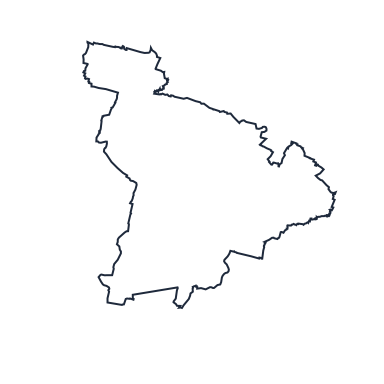 Kota Tangerang, Banten, Indonesia, rotated 195°
{"feature_id": "22746128B7613374511026", "entity_name": "Kota Tangerang", "entity_type": "district", "adm_level": 2, "iso_a3": "IDN", "parent_name": "Indonesia", "parent_adm1": "Banten", "projection": "robinson", "projection_center": [106.652, -6.177], "detail": "fine", "context": "isolated", "style": "outline", "palette": "slate", "viewbox_px": 384, "rotation_deg": 195, "n_neighbors": 0, "source": "geoboundaries", "source_scale": "gbopen_adm2", "svg_char_len": 6006}
<svg xmlns="http://www.w3.org/2000/svg" viewBox="0 0 384 384"><g transform="rotate(195 192 192)"><path d="M245.0,63.4L230.4,64.8L230.1,65.3L228.7,65.8L228.3,71.5L227.2,72.3L224.5,72.7L224.3,73.1L220.7,72.8L220.7,73.6L221.6,73.8L222.6,77.4L181.3,96.1L180.9,95.5L181.1,93.1L180.1,84.8L181.4,81.6L181.3,80.7L178.5,79.6L177.0,78.2L174.0,78.9L174.4,78.0L174.1,77.9L174.5,76.9L173.0,77.5L171.7,77.4L170.8,80.4L167.4,87.8L167.0,91.3L167.2,93.6L165.4,95.9L166.4,98.9L166.2,99.6L166.7,100.5L166.4,100.7L165.4,101.7L164.4,101.8L164.1,102.3L163.8,101.8L163.2,102.1L163.1,101.5L162.3,101.5L162.0,100.0L158.4,101.5L153.6,101.5L150.0,104.7L148.7,105.0L146.8,104.7L145.8,105.1L143.3,108.7L140.8,110.0L140.5,112.4L141.0,117.2L140.7,119.1L139.7,121.3L138.7,122.4L136.9,123.4L136.2,124.9L136.3,126.5L137.1,127.9L139.7,131.0L142.0,132.3L143.1,133.5L143.1,134.9L140.9,139.0L140.4,140.5L139.9,142.4L139.7,145.1L135.9,145.2L135.8,145.5L135.1,145.1L133.3,145.1L133.0,144.8L118.2,145.2L110.0,145.1L110.0,146.1L108.4,146.2L107.7,145.6L106.9,145.8L108.0,153.9L108.0,157.5L108.6,158.3L108.6,158.9L108.3,159.4L108.5,161.6L107.9,161.5L107.8,162.4L109.0,162.6L105.1,165.8L102.8,168.5L101.3,169.0L100.6,168.6L97.3,168.7L96.7,170.0L96.1,170.3L95.9,171.2L95.9,176.2L95.0,176.6L93.1,176.3L92.2,179.1L90.9,180.3L91.1,181.1L90.3,181.3L90.5,182.6L91.2,183.9L91.1,184.5L87.7,185.2L87.3,186.2L86.7,186.3L85.6,187.5L84.1,187.1L83.3,187.3L82.7,187.0L82.1,188.4L81.1,188.5L81.1,189.0L76.6,189.6L75.8,189.2L75.0,190.5L73.6,191.3L72.7,192.5L72.2,192.8L71.7,192.4L71.4,194.5L70.5,194.3L70.7,197.0L70.0,197.2L70.0,196.6L68.9,196.4L67.3,197.2L66.1,198.6L65.6,198.5L65.5,197.6L65.2,197.7L64.5,198.3L65.0,200.0L64.5,199.7L63.9,200.6L62.0,201.2L60.6,202.2L58.1,202.9L57.8,203.3L56.6,203.7L56.0,204.6L55.5,204.7L55.4,203.3L55.0,203.3L54.1,204.0L53.9,205.7L53.2,205.1L53.1,206.0L53.6,206.8L52.9,207.3L52.9,207.9L53.7,208.9L53.2,209.6L54.3,210.5L53.6,210.9L53.3,210.5L52.2,210.5L51.8,212.0L51.5,213.6L53.2,213.7L52.2,221.4L54.2,221.7L54.1,224.7L54.9,225.2L55.1,225.9L54.3,226.8L53.4,227.0L53.2,228.9L54.8,227.7L57.2,227.5L58.3,228.0L60.9,230.1L61.0,232.1L63.8,233.4L69.3,236.9L71.0,236.9L73.9,238.1L76.7,239.8L73.1,243.1L70.7,247.9L73.4,249.2L77.7,250.4L77.6,251.0L78.8,251.1L78.9,249.5L80.0,249.6L79.9,252.6L82.7,252.9L82.5,254.8L86.6,255.0L87.0,255.1L86.9,255.4L92.7,256.1L93.3,258.8L96.2,262.3L96.7,262.4L96.3,263.1L98.4,263.6L99.0,264.2L102.4,264.4L102.5,265.4L103.6,265.4L103.7,266.0L108.8,266.4L108.7,264.7L107.4,264.7L108.3,263.0L110.4,261.0L110.5,259.1L111.3,259.6L111.6,259.0L113.2,253.3L111.8,251.6L113.2,247.3L113.0,243.1L114.5,241.5L114.6,239.2L115.1,239.2L115.5,240.8L116.4,242.0L117.1,241.5L120.6,241.6L121.0,240.9L121.2,241.0L121.8,239.1L122.5,239.0L125.3,240.9L125.0,241.4L127.4,243.3L125.3,246.9L124.1,251.4L126.1,252.0L126.2,252.7L126.9,253.0L131.1,253.6L134.6,254.5L135.6,254.4L137.7,255.3L138.1,254.9L138.7,255.2L134.2,262.6L139.6,262.5L140.1,263.2L140.1,267.8L137.6,268.8L136.0,270.6L136.3,272.1L137.1,273.3L137.7,273.8L139.0,273.8L140.5,273.2L141.0,272.0L143.7,270.3L146.1,270.0L148.2,274.1L157.8,273.7L160.4,274.7L162.1,274.0L162.4,273.3L163.5,272.6L164.1,270.9L171.4,275.2L175.0,277.8L178.2,276.7L178.8,277.8L181.4,277.7L182.3,278.4L185.8,276.5L186.6,277.2L192.7,277.5L192.9,277.2L193.7,277.6L197.0,277.8L203.4,280.4L205.8,279.7L207.3,280.8L212.0,280.7L221.2,281.6L224.2,279.9L233.6,279.5L235.1,280.1L237.2,280.0L237.3,278.8L239.3,278.7L241.0,279.8L243.0,278.9L246.0,279.4L247.2,278.2L248.1,278.4L248.7,277.8L253.9,277.2L253.6,278.5L254.1,278.7L255.0,278.4L254.1,279.1L254.0,280.1L252.7,279.7L252.3,280.9L250.6,280.1L250.7,280.8L251.2,281.5L251.0,281.8L250.2,281.7L249.8,283.5L249.5,282.9L249.1,283.0L248.6,283.8L248.7,282.3L247.3,282.9L247.0,283.9L246.0,284.5L246.3,285.5L246.8,285.5L247.0,285.9L247.2,286.2L246.8,286.2L247.1,287.2L246.2,287.8L245.9,288.7L244.3,289.8L244.7,290.5L243.9,291.8L244.4,292.0L245.0,293.2L244.3,293.3L244.0,294.2L244.6,294.5L244.8,295.2L245.4,294.7L247.8,294.9L249.7,299.0L249.9,300.8L251.2,300.2L253.4,301.1L258.9,301.3L259.1,301.6L258.5,306.5L257.3,313.2L260.8,313.4L261.1,314.6L262.5,316.5L264.2,317.5L267.2,318.6L269.0,320.6L268.7,318.5L269.1,315.9L270.1,315.2L273.9,314.0L278.1,313.8L292.3,314.1L292.0,312.3L292.8,312.1L294.6,312.8L295.4,314.7L296.6,315.1L296.9,314.5L296.9,312.5L297.5,312.3L298.3,312.4L298.4,312.9L300.8,313.0L302.3,312.6L303.7,312.7L303.8,312.0L306.4,311.7L315.3,311.3L316.9,311.7L319.6,311.0L321.9,311.0L323.2,310.6L325.4,310.9L325.8,308.8L331.8,309.9L331.6,309.2L330.5,308.5L329.7,305.1L330.4,298.9L331.0,297.6L332.1,296.6L332.5,295.5L331.0,292.0L330.2,288.5L326.0,288.7L325.8,288.3L326.9,284.0L326.5,281.5L327.7,280.8L327.9,279.4L325.8,279.0L326.4,276.4L324.8,276.0L324.8,274.1L324.1,273.7L322.3,274.5L320.7,274.4L320.7,271.9L319.8,271.9L319.7,270.6L317.1,270.6L316.4,267.9L313.9,268.4L309.1,268.3L301.8,269.1L289.2,268.8L289.3,265.5L288.8,263.6L288.8,262.1L289.6,258.6L289.1,258.4L290.5,253.2L291.5,252.6L291.2,252.3L291.6,250.5L292.0,245.2L297.0,242.8L297.2,242.0L298.0,242.0L298.1,237.4L297.7,237.2L296.6,229.8L296.5,228.3L297.4,226.9L296.7,226.4L297.1,225.7L296.4,225.2L297.3,223.5L297.2,223.3L298.3,219.9L297.5,216.1L296.1,216.5L294.7,215.7L292.7,216.0L288.4,218.4L287.3,218.6L286.7,216.6L286.6,213.8L287.0,212.2L287.4,212.0L287.9,210.6L287.5,208.2L284.5,206.3L277.6,200.2L270.2,195.9L263.6,192.6L259.0,191.3L259.4,189.8L255.8,188.9L255.0,187.6L254.0,187.1L251.7,187.3L248.2,186.3L247.3,184.6L247.3,179.7L248.2,175.8L247.5,173.5L247.8,172.5L247.6,170.5L247.9,167.8L248.6,166.6L248.9,165.1L246.3,165.0L246.0,155.9L245.3,155.5L245.7,154.1L245.4,145.1L244.7,144.7L244.5,144.1L243.6,137.6L245.1,137.1L246.6,135.4L250.8,129.0L251.4,127.0L250.8,124.4L251.0,122.1L248.1,120.6L246.8,117.6L245.3,116.2L244.8,114.3L246.2,107.3L248.5,102.3L248.5,99.0L247.7,97.6L247.6,91.0L255.1,88.9L258.1,88.8L258.9,88.3L260.2,85.6L256.7,81.9L254.2,79.7L252.8,79.2L250.3,79.2L247.5,78.3L246.8,77.1L247.4,75.5L246.3,74.3L246.1,67.5L245.0,63.4Z" fill="none" stroke="#1e293b" stroke-width="2"/></g></svg>